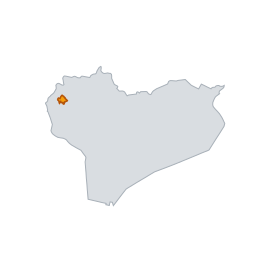 location of Al-Shikhan, Ninawa, Iraq, rotated 297°
{"feature_id": "34846034B50799597720229", "entity_name": "Al-Shikhan", "entity_type": "district", "adm_level": 2, "iso_a3": "IRQ", "parent_name": "Iraq", "parent_adm1": "Ninawa", "projection": "natural_earth1", "projection_center": [43.409, 36.699], "detail": "fine", "context": "in_parent", "style": "filled", "palette": "amber", "viewbox_px": 256, "rotation_deg": 297, "n_neighbors": 0, "source": "geoboundaries", "source_scale": "gbopen_adm2", "svg_char_len": 4318}
<svg xmlns="http://www.w3.org/2000/svg" viewBox="0 0 256 256"><g transform="rotate(297 128 128)"><path d="M106.2,48.5L107.7,48.1L110.7,45.7L112.4,43.4L113.0,43.2L114.5,43.9L115.6,44.1L118.2,43.3L119.7,43.7L121.0,44.3L121.7,44.3L125.1,45.8L126.0,46.0L127.7,46.1L130.4,46.2L132.0,45.3L133.2,44.4L134.1,44.4L134.9,44.6L135.6,45.0L136.2,45.7L136.4,46.6L136.3,49.7L136.6,50.5L137.1,51.1L137.7,51.2L138.4,50.5L139.6,49.6L141.2,48.5L142.3,47.5L143.0,47.2L144.0,47.2L145.0,47.4L145.6,47.9L145.6,48.0L146.1,49.5L147.5,54.8L148.3,55.5L149.1,56.1L149.8,56.9L150.0,57.7L150.0,59.0L150.0,60.4L150.4,61.5L150.9,62.4L151.3,62.8L152.0,62.8L152.9,63.0L153.5,63.9L155.3,70.0L155.5,70.8L156.2,71.1L157.5,71.0L158.8,71.6L160.2,72.6L161.5,74.5L162.3,74.8L165.0,74.5L168.8,74.8L170.5,75.8L170.3,76.3L169.0,77.0L166.7,77.8L166.0,79.1L165.6,80.8L165.7,81.8L166.3,82.9L167.9,85.0L168.0,85.7L168.3,86.8L168.7,87.5L168.3,88.9L166.8,89.9L164.8,90.9L160.9,95.6L160.6,96.7L160.6,99.4L160.2,100.2L158.9,100.2L158.0,100.1L157.9,101.0L157.3,102.3L156.9,103.5L158.4,106.1L158.7,107.5L158.5,108.8L157.1,111.0L156.3,112.5L156.5,112.9L157.6,113.5L160.9,118.3L162.0,120.0L163.4,119.6L163.9,119.6L164.4,119.9L164.6,120.5L164.6,121.2L164.3,122.3L166.1,122.8L166.7,123.9L168.8,127.7L168.8,128.8L167.8,130.6L167.8,131.8L168.0,132.9L168.3,133.2L171.4,133.4L172.7,133.8L176.0,135.7L179.6,138.7L182.6,141.2L185.2,143.3L187.9,143.1L188.7,143.5L189.4,144.1L190.2,145.8L191.8,149.7L193.1,151.0L195.2,154.1L197.2,157.0L196.0,160.9L194.8,165.0L194.8,170.3L194.9,173.2L197.5,173.3L200.4,173.4L200.5,176.8L200.5,180.3L200.6,184.2L201.5,184.3L202.8,185.2L203.4,186.4L204.2,187.1L205.1,187.2L205.9,187.8L206.8,189.0L207.2,189.8L206.9,190.4L207.1,191.4L207.8,192.9L208.5,193.6L209.6,194.4L208.1,194.9L206.4,194.6L202.8,192.8L201.7,192.8L200.2,193.4L200.1,194.0L196.3,192.1L194.9,191.7L194.5,191.7L192.3,191.7L189.2,192.0L187.4,192.8L186.2,193.7L185.6,194.5L185.4,194.9L184.4,197.3L183.3,200.4L182.2,203.1L179.9,207.0L178.6,208.8L175.9,212.2L173.0,212.8L166.1,212.2L158.5,211.4L151.0,210.7L145.4,210.2L144.9,210.0L139.4,205.2L135.0,201.5L129.5,196.8L123.9,192.0L118.2,187.1L114.1,183.5L109.1,179.0L104.6,174.9L101.0,171.6L96.4,168.7L92.8,166.5L87.6,163.2L83.5,160.6L79.9,158.4L74.4,155.0L72.6,154.0L66.9,152.9L61.5,151.9L55.9,150.9L52.2,150.2L54.7,147.8L54.0,145.6L52.2,146.0L50.5,146.5L49.6,143.1L50.9,142.7L49.7,138.3L48.6,133.7L47.5,129.3L46.4,124.8L51.1,121.9L54.6,119.7L59.6,116.7L64.3,113.7L68.9,111.0L73.9,107.9L78.3,105.2L82.4,104.0L83.3,103.2L85.1,99.4L86.8,96.2L86.8,95.5L86.9,91.0L87.2,85.6L87.7,82.8L88.6,80.3L89.5,78.5L89.6,76.7L89.5,75.0L88.6,72.4L87.8,69.6L87.9,67.0L88.1,65.6L88.6,63.3L89.6,61.7L90.6,60.6L94.5,59.6L96.8,59.0L99.8,56.0L101.6,54.3L104.1,51.5L106.0,49.5L106.2,48.8L106.2,48.5Z" fill="#d9dde1" stroke="#a8b0b8" stroke-width="1"/><path d="M121.8,52.3L121.7,52.3L121.5,52.7L121.4,52.8L121.0,52.9L120.9,53.0L120.9,53.5L120.7,53.8L120.3,54.5L120.0,54.8L119.9,55.0L119.7,55.2L119.3,55.2L119.3,55.3L119.2,55.4L119.0,55.6L118.9,55.8L119.0,55.8L119.3,55.7L119.6,55.7L119.8,55.7L120.0,55.6L120.3,55.5L120.5,55.6L120.8,55.6L121.0,55.6L121.2,55.9L121.0,56.1L120.9,56.2L120.8,56.3L120.7,56.4L120.5,56.5L120.4,56.7L120.3,56.9L120.3,57.1L120.4,57.3L120.6,57.4L120.7,57.5L120.8,57.6L120.9,57.9L120.9,58.0L120.9,58.4L120.7,58.6L120.3,58.8L120.2,58.9L120.1,59.2L120.1,59.4L120.1,59.7L120.1,59.8L120.1,60.0L120.3,60.1L120.5,60.1L120.9,60.1L121.0,60.1L121.3,60.0L121.5,59.9L121.7,59.7L121.8,59.6L122.0,59.5L122.3,59.6L122.2,59.8L122.1,60.0L122.5,60.1L122.8,60.1L123.0,60.2L123.2,60.3L123.3,60.4L123.5,60.5L123.7,60.8L123.8,61.0L124.1,61.2L124.3,61.3L124.5,61.4L124.6,61.5L124.8,61.4L125.0,61.4L125.0,61.2L125.0,60.9L125.1,60.7L125.2,60.4L125.3,60.4L125.4,60.2L125.4,59.9L125.5,59.8L125.5,59.7L125.5,59.4L125.6,59.2L125.7,58.9L125.8,58.7L125.9,58.4L126.0,58.4L126.1,58.2L126.3,58.0L126.4,57.9L126.5,57.9L126.5,57.7L126.6,57.4L126.6,57.2L126.6,56.8L126.7,56.7L126.9,56.6L127.0,56.5L127.0,56.4L127.1,56.1L127.1,55.8L127.0,55.7L127.0,55.3L127.1,55.1L127.2,54.8L127.2,54.6L127.3,54.5L127.3,54.4L126.9,54.2L126.6,54.1L126.1,54.0L125.6,53.9L125.2,53.9L124.8,53.9L124.1,54.0L123.8,54.0L123.7,54.0L123.3,54.0L123.3,53.9L123.3,53.7L123.3,53.1L123.2,52.8L123.2,52.6L123.1,52.4L122.5,52.3L122.2,52.3L121.8,52.3Z" fill="#f59e0b" stroke="#b45309" stroke-width="1.5"/></g></svg>